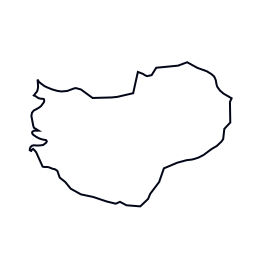 Daga, Natural Earth projection, rotated 102°
{"feature_id": "BTN-2434", "entity_name": "Daga", "entity_type": "District", "adm_level": 1, "iso_a3": "BTN", "parent_name": "Bhutan", "parent_adm1": "", "projection": "natural_earth1", "projection_center": [89.858, 27.036], "detail": "fine", "context": "isolated", "style": "outline", "palette": "ink", "viewbox_px": 256, "rotation_deg": 102, "n_neighbors": 0, "source": "natural_earth", "source_scale": "10m", "svg_char_len": 1526}
<svg xmlns="http://www.w3.org/2000/svg" viewBox="0 0 256 256"><g transform="rotate(102 128 128)"><path d="M101.4,29.1L108.8,33.6L119.0,32.6L121.9,33.8L127.1,37.4L131.2,41.9L138.7,48.5L142.2,52.8L144.6,56.9L145.6,59.0L147.3,64.0L151.7,72.6L160.0,84.5L174.3,86.3L187.8,92.6L193.2,93.6L202.1,99.7L203.9,113.4L201.9,120.5L204.6,124.3L204.3,133.7L202.8,146.7L202.7,148.2L202.7,160.3L199.3,171.4L193.9,178.1L190.7,184.5L184.6,188.2L183.5,191.1L183.6,193.0L182.9,196.9L182.9,198.6L183.6,202.3L183.5,203.5L170.8,212.8L169.5,214.4L168.2,216.5L169.0,217.2L169.8,217.8L170.5,217.9L170.2,219.4L168.7,219.7L166.8,219.3L165.2,218.1L164.4,216.2L164.1,213.4L163.3,210.3L162.2,207.4L159.2,204.9L157.8,204.7L156.9,205.7L157.0,209.5L156.7,212.5L155.7,216.0L154.3,219.4L153.1,220.6L151.9,220.9L150.9,220.2L150.2,219.3L149.9,218.1L149.7,217.1L149.2,214.8L147.3,220.1L145.2,221.3L136.3,225.0L133.1,225.1L130.6,223.9L127.1,219.8L124.8,217.7L120.2,215.6L118.2,215.7L117.1,216.5L117.5,219.9L117.4,221.7L116.8,223.3L116.3,224.4L115.7,226.9L111.2,224.6L109.8,224.4L107.3,224.4L105.6,224.7L99.4,226.5L101.4,224.7L102.1,223.4L104.4,218.4L105.1,215.4L106.0,210.3L106.4,204.8L106.1,200.7L104.4,195.1L100.5,189.0L99.8,187.3L100.1,182.0L106.0,168.9L101.5,150.3L99.8,145.0L92.9,130.2L71.1,130.0L72.0,124.4L72.8,122.6L73.3,120.2L71.4,115.9L63.2,112.9L56.6,92.0L51.4,83.8L54.8,72.5L56.1,62.8L57.9,57.7L59.6,54.6L61.3,53.2L63.2,52.0L67.1,50.4L69.3,49.1L72.2,45.9L74.5,41.7L77.4,32.8L81.3,33.7L101.4,29.1Z" fill="none" stroke="#020617" stroke-width="2"/></g></svg>